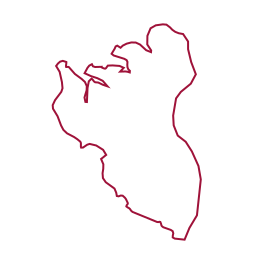 the Prefecture of Forécariah, rotated 95°
{"feature_id": "GIN-5637", "entity_name": "Forécariah", "entity_type": "Prefecture", "adm_level": 1, "iso_a3": "GIN", "parent_name": "Guinea", "parent_adm1": "", "projection": "mercator", "projection_center": [-13.121, 9.37], "detail": "fine", "context": "isolated", "style": "outline", "palette": "rose", "viewbox_px": 256, "rotation_deg": 95, "n_neighbors": 0, "source": "natural_earth", "source_scale": "10m", "svg_char_len": 1990}
<svg xmlns="http://www.w3.org/2000/svg" viewBox="0 0 256 256"><g transform="rotate(95 128 128)"><path d="M234.3,61.9L234.1,71.8L233.1,73.9L231.3,74.0L229.0,73.7L226.9,74.5L225.8,76.5L223.8,84.2L223.1,85.3L222.6,85.9L221.9,86.3L220.6,86.7L218.8,87.6L218.7,88.5L219.1,89.6L219.1,90.8L211.2,116.2L210.1,117.7L208.5,119.0L207.8,119.9L207.2,121.3L206.3,122.8L205.1,122.6L203.9,121.8L202.9,121.6L199.1,123.8L197.7,125.0L195.9,127.4L195.9,129.3L196.9,131.4L196.7,133.2L193.5,134.1L189.5,136.2L184.0,145.4L180.1,148.6L175.3,149.4L170.8,149.1L166.3,149.4L161.2,152.1L156.7,147.4L151.9,150.9L148.2,158.1L147.2,164.8L148.2,167.2L151.4,171.1L151.6,173.0L150.8,173.3L147.1,173.6L145.8,174.3L143.6,177.5L141.7,180.9L138.6,188.3L135.5,192.2L131.3,194.9L122.4,199.2L115.3,204.4L111.8,205.0L106.6,203.1L97.8,197.6L94.1,196.7L88.1,197.8L78.0,201.0L72.5,205.0L69.9,203.4L67.8,201.4L66.8,198.8L67.6,195.2L68.3,195.1L71.7,195.2L72.6,194.9L72.5,194.0L72.3,193.0L72.5,192.2L78.8,185.6L83.2,178.4L85.9,174.9L89.9,172.7L94.0,172.5L101.4,174.0L105.7,172.7L105.7,171.2L91.6,171.8L84.9,171.1L82.1,168.7L82.5,167.8L84.6,165.9L85.3,164.7L85.3,161.6L87.1,156.9L88.3,152.0L83.2,157.3L81.0,163.0L79.6,169.2L77.2,176.0L71.6,173.6L69.2,172.0L67.6,169.5L69.6,168.3L70.1,166.1L69.4,160.0L69.6,160.1L70.2,158.9L70.7,157.3L70.9,156.0L70.4,155.2L68.2,153.9L67.6,153.5L67.0,148.8L66.9,141.8L68.4,137.5L72.5,140.7L71.9,135.5L72.0,133.4L72.5,131.1L70.9,131.1L69.5,132.8L67.6,133.8L65.2,134.2L62.2,134.3L60.5,135.3L59.4,137.7L57.0,148.6L55.5,150.8L50.2,148.2L47.8,147.4L46.9,145.9L48.7,142.4L46.4,140.4L44.1,136.7L42.5,132.2L42.2,127.7L43.8,123.3L48.9,116.7L50.4,111.7L48.7,111.7L43.1,116.1L34.5,116.7L26.7,114.2L23.3,109.3L21.7,102.3L21.7,98.7L24.1,94.9L26.3,92.4L28.1,89.3L29.2,85.6L29.6,81.3L36.6,75.7L44.3,75.0L56.8,70.8L68.6,65.1L78.4,69.3L87.4,78.5L94.3,82.7L111.7,84.1L121.4,82.7L131.2,77.8L136.7,69.3L145.8,62.3L159.7,54.5L172.9,51.0L209.0,51.7L222.2,58.1L234.3,61.9Z" fill="none" stroke="#9f1239" stroke-width="2"/></g></svg>